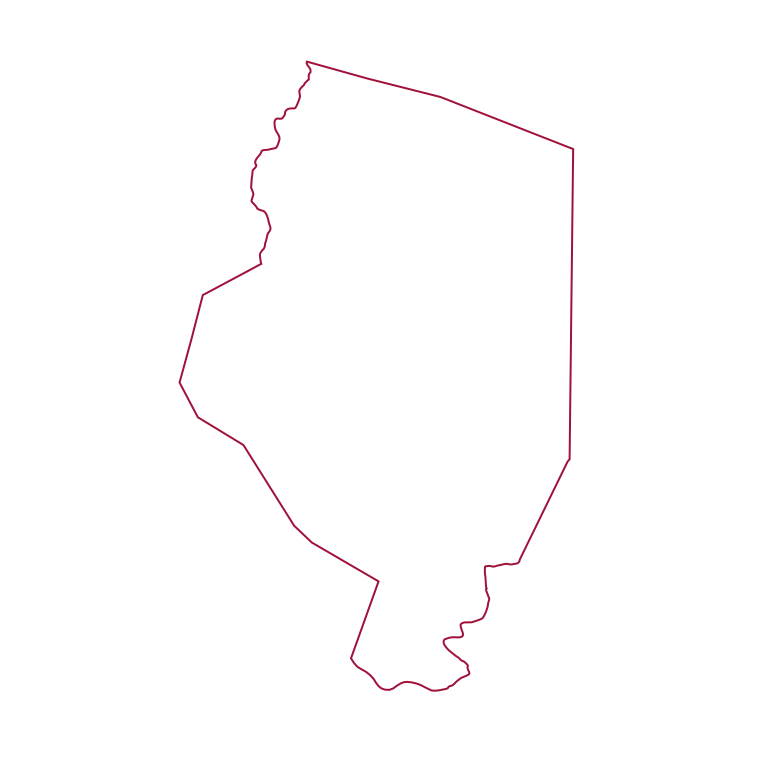 the district of Reitoca, Francisco Morazán, Honduras, rotated 18°
{"feature_id": "27666195B70397594739312", "entity_name": "Reitoca", "entity_type": "district", "adm_level": 2, "iso_a3": "HND", "parent_name": "Honduras", "parent_adm1": "Francisco Morazán", "projection": "albers", "projection_center": [-87.44, 13.839], "detail": "fine", "context": "isolated", "style": "outline", "palette": "rose", "viewbox_px": 768, "rotation_deg": 18, "n_neighbors": 0, "source": "geoboundaries", "source_scale": "gbopen_adm2", "svg_char_len": 6115}
<svg xmlns="http://www.w3.org/2000/svg" viewBox="0 0 768 768"><g transform="rotate(18 384 384)"><path d="M538.6,653.7L538.7,653.1L538.9,652.5L539.1,652.0L539.4,651.5L539.7,651.3L540.0,651.0L540.4,650.8L541.0,650.5L541.3,650.2L542.1,649.5L542.7,648.7L543.1,648.0L543.7,647.1L544.0,646.5L544.4,645.4L544.8,644.7L546.1,642.7L547.7,640.4L548.3,639.6L548.7,639.2L549.1,638.9L550.5,637.7L551.6,636.8L552.8,635.7L554.3,634.1L554.5,633.9L554.6,633.6L554.7,633.4L554.7,633.1L554.5,632.7L554.3,632.2L553.6,631.2L553.0,630.6L552.1,629.6L551.7,629.0L551.1,628.0L550.9,627.5L550.9,627.0L550.9,626.4L550.9,626.1L550.6,625.7L550.2,625.4L549.6,625.0L548.7,624.5L547.6,624.0L546.4,623.5L545.9,623.3L545.4,623.2L544.8,623.1L544.1,623.1L543.6,623.1L543.1,623.0L542.6,622.8L541.8,622.5L540.6,621.8L540.0,621.5L538.9,621.1L537.0,620.6L535.7,620.2L531.0,618.4L528.1,617.3L527.5,617.0L526.4,616.4L524.9,615.5L524.1,615.0L522.5,613.7L521.8,613.2L521.4,612.7L521.1,612.3L520.8,611.8L520.5,611.3L520.4,610.9L520.3,610.3L520.2,609.8L520.2,609.4L520.3,608.9L520.4,608.6L520.5,608.3L521.0,607.8L521.6,607.3L522.6,606.5L523.7,605.7L525.1,604.8L526.3,604.2L529.0,603.1L529.9,602.9L532.4,602.2L533.6,601.8L534.5,601.4L535.1,601.0L535.6,600.6L536.0,600.3L536.2,600.0L536.4,599.7L536.6,599.3L536.6,599.1L536.7,598.7L536.7,598.4L536.6,598.1L536.5,597.8L536.1,596.8L535.7,596.2L535.1,595.4L534.3,594.4L533.6,593.5L532.5,591.9L531.8,590.7L531.5,590.0L531.4,589.7L531.3,589.4L531.3,588.8L531.4,588.6L531.5,588.3L531.9,587.7L532.4,587.2L533.4,586.4L534.2,585.9L534.7,585.7L540.8,583.6L541.2,583.4L544.9,580.7L547.3,578.9L548.7,577.8L549.4,577.1L549.8,576.5L550.2,575.9L550.5,575.0L550.7,574.2L550.8,573.5L551.1,571.5L551.3,569.5L551.4,567.1L551.4,565.3L551.4,564.3L551.3,563.3L550.9,560.8L550.7,559.3L550.7,558.2L550.7,556.8L550.6,556.3L550.5,555.9L550.3,555.5L548.5,553.2L545.8,549.9L545.0,548.7L544.6,548.1L544.5,547.7L544.5,547.3L544.5,547.1L544.8,546.8L544.0,545.7L543.7,545.2L543.5,544.8L540.8,538.0L539.8,535.5L539.0,533.9L538.6,533.1L537.6,530.4L536.9,528.1L536.7,527.2L536.6,526.7L536.7,526.4L536.9,526.1L537.1,526.0L537.5,525.7L539.1,525.0L540.4,524.4L541.1,524.3L542.4,524.2L543.9,524.0L544.7,523.8L545.2,523.6L545.9,523.1L546.4,522.8L547.5,522.0L548.1,521.6L548.7,521.2L550.0,520.6L551.3,519.8L554.5,517.8L555.2,517.5L555.8,517.3L556.6,517.1L560.1,516.5L560.8,516.3L561.3,516.1L564.2,514.5L565.6,513.8L565.9,513.6L566.3,513.3L566.7,512.9L567.0,512.4L567.2,511.9L567.4,511.1L567.5,510.4L567.5,509.7L567.4,508.9L582.6,401.0L583.8,398.3L491.3,102.1L348.9,93.6L274.0,98.6L211.6,101.2L211.0,101.3L211.1,102.1L211.3,102.5L211.4,102.9L211.7,103.3L212.5,104.2L213.2,104.7L216.0,106.8L216.4,107.0L216.6,107.3L217.1,108.2L217.4,109.0L217.7,109.8L217.7,110.2L217.7,110.6L217.6,110.8L217.2,111.5L217.1,111.9L217.0,112.5L217.0,113.4L217.1,113.9L217.2,114.4L217.4,114.9L217.8,115.9L218.1,116.7L218.3,117.4L218.3,117.8L218.1,118.1L217.7,118.6L217.4,119.0L216.6,120.8L215.9,122.1L215.6,122.7L215.6,123.1L215.6,123.8L215.5,124.3L215.2,125.0L214.6,125.9L214.3,126.5L213.6,128.0L213.3,128.8L213.1,129.4L213.0,130.1L212.9,130.6L212.9,131.4L213.1,131.9L213.9,133.7L215.0,135.9L215.2,136.4L215.3,137.0L215.4,137.9L215.4,138.9L215.3,142.0L215.1,144.3L215.0,145.6L214.8,147.2L214.6,148.0L214.3,148.7L214.2,149.0L213.6,149.5L213.2,149.8L212.7,150.0L211.6,150.2L210.9,150.4L210.5,150.6L209.1,151.3L208.4,151.7L207.9,152.0L207.3,152.6L206.8,153.2L206.5,153.8L206.3,154.3L206.1,154.9L206.0,155.6L205.9,156.0L206.0,156.5L206.1,156.9L206.3,157.4L206.4,157.9L206.4,158.4L206.3,159.0L206.1,159.9L205.8,161.0L205.5,161.8L205.2,162.5L205.0,162.8L204.7,163.1L204.4,163.3L204.1,163.5L203.3,163.8L202.7,164.0L202.3,164.1L201.4,164.2L200.9,164.4L200.3,164.6L199.9,165.0L199.4,165.4L199.3,165.7L199.1,166.1L198.9,166.8L198.8,167.9L198.9,168.6L199.0,169.0L199.1,169.3L199.7,170.9L200.7,173.1L201.2,174.1L201.6,174.7L201.9,175.2L202.3,175.7L203.3,176.8L204.2,177.6L206.1,179.2L207.5,180.6L208.0,181.3L208.4,182.0L208.7,182.7L208.9,183.4L209.0,184.1L209.1,185.2L209.1,187.0L209.1,188.4L209.0,189.6L208.9,190.7L208.7,191.6L208.6,192.0L208.4,192.4L208.2,192.8L207.9,193.2L207.6,193.4L205.0,194.8L203.3,195.8L201.9,196.7L201.2,197.2L200.8,197.3L199.5,197.8L198.9,198.0L198.2,198.3L197.4,198.7L196.2,199.5L195.8,199.9L195.7,200.1L195.6,200.6L195.6,201.4L195.6,201.9L195.1,204.1L194.8,205.0L194.1,206.6L193.5,208.2L193.0,209.9L192.8,210.7L192.8,211.3L192.8,212.0L192.9,212.6L193.1,213.3L193.4,213.8L193.8,214.4L194.0,214.6L194.5,214.9L194.7,215.1L195.0,215.6L195.1,216.1L195.0,216.8L194.9,217.3L194.3,218.9L193.6,220.3L193.3,220.9L193.3,221.4L193.3,222.1L193.3,222.5L193.4,223.1L193.8,224.5L194.0,225.3L194.7,229.4L196.9,238.2L197.0,238.4L197.2,238.7L198.1,239.6L198.7,240.4L200.7,242.9L200.9,243.3L201.0,243.6L201.2,244.2L201.2,244.9L201.3,250.3L201.4,250.8L201.5,251.0L201.9,251.4L202.3,251.7L204.7,253.0L207.7,254.8L208.2,255.2L209.0,256.1L209.3,256.2L209.6,256.4L210.2,256.6L212.3,256.8L213.7,256.8L215.3,256.7L216.1,256.8L216.7,256.9L217.2,257.2L217.8,257.5L218.6,258.0L219.3,258.6L220.2,259.6L221.0,260.5L221.8,261.5L222.3,262.2L223.1,263.4L224.2,265.4L225.2,266.9L226.0,268.1L227.2,269.6L227.6,270.3L227.9,270.9L228.1,271.4L228.1,271.8L228.1,272.6L228.1,273.2L228.0,273.8L227.8,274.4L227.7,274.8L227.4,275.6L227.2,276.1L227.1,276.9L227.0,277.8L227.6,284.5L227.6,285.0L227.5,286.1L227.5,286.9L227.6,287.6L227.9,288.7L228.0,289.5L228.1,290.3L228.0,291.4L228.0,292.0L227.8,292.6L227.6,293.1L227.2,293.9L226.9,294.5L226.6,295.5L226.3,296.3L226.1,297.0L226.0,297.5L226.0,298.1L226.0,298.6L226.0,299.2L226.1,299.6L226.5,300.6L227.0,301.8L228.2,304.2L229.2,306.2L229.4,306.6L230.2,307.6L184.2,355.4L187.0,400.7L189.1,445.8L217.3,473.2L269.2,485.5L342.4,546.6L364.4,557.1L439.8,573.4L437.4,655.1L440.9,658.0L443.6,659.8L446.4,661.3L450.9,662.3L455.9,663.3L460.9,665.2L465.3,667.7L468.8,670.7L472.4,673.1L475.5,674.3L479.3,674.4L483.5,673.3L486.7,670.8L489.9,666.5L492.4,663.6L495.0,661.5L497.9,660.2L502.5,659.2L507.4,658.8L512.1,659.0L516.9,659.8L523.9,660.8L526.7,660.1L529.6,659.0L532.4,657.5L534.9,656.1L537.0,655.0L538.6,653.7Z" fill="none" stroke="#9f1239" stroke-width="2"/></g></svg>